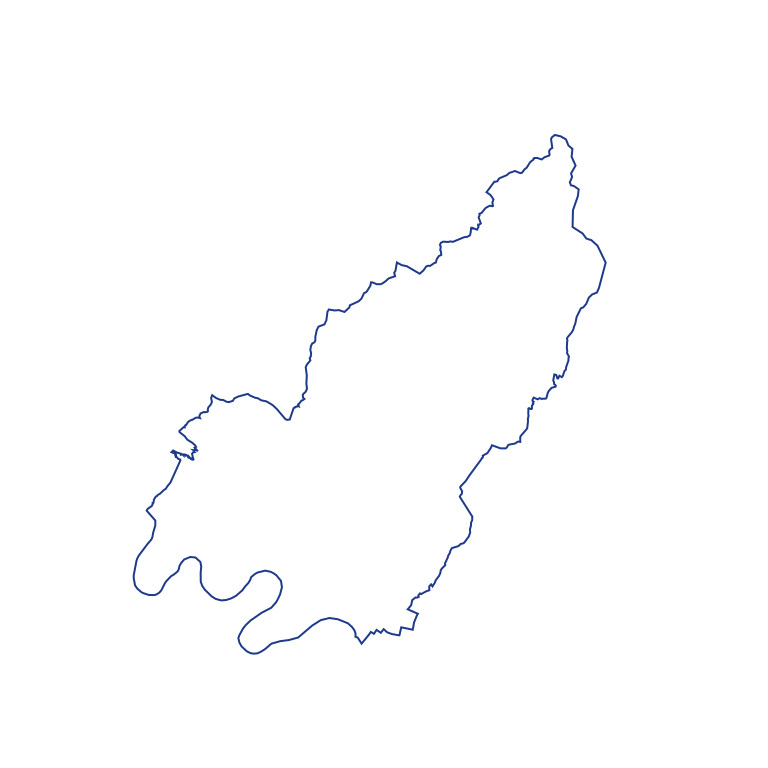 the district of Gurasada, Hunedoara, Romania, rotated 31°
{"feature_id": "2599482B26804986982160", "entity_name": "Gurasada", "entity_type": "district", "adm_level": 2, "iso_a3": "ROU", "parent_name": "Romania", "parent_adm1": "Hunedoara", "projection": "orthographic", "projection_center": [22.572, 45.999], "detail": "fine", "context": "isolated", "style": "outline", "palette": "blue", "viewbox_px": 768, "rotation_deg": 31, "n_neighbors": 0, "source": "geoboundaries", "source_scale": "gbopen_adm2", "svg_char_len": 6153}
<svg xmlns="http://www.w3.org/2000/svg" viewBox="0 0 768 768"><g transform="rotate(31 384 384)"><path d="M504.3,418.4L506.2,398.2L506.0,397.1L506.5,396.4L506.1,394.9L505.6,394.5L508.2,390.1L508.5,384.0L508.1,380.9L516.9,379.2L521.5,376.5L522.0,374.9L521.9,372.4L522.5,371.5L526.8,367.7L528.6,364.3L530.6,363.4L528.2,359.5L528.0,358.0L529.5,349.3L529.5,348.1L526.7,341.9L525.3,339.8L524.3,336.8L523.2,335.5L520.4,330.7L520.7,330.0L522.6,329.9L523.3,329.5L523.4,328.8L522.0,326.5L522.3,324.5L522.0,323.8L521.4,323.7L521.4,322.1L519.9,321.9L519.5,321.1L519.3,318.6L523.6,318.0L524.7,316.0L527.1,315.5L527.6,314.8L530.2,313.3L530.4,312.2L529.0,307.5L528.8,305.3L529.6,301.0L532.5,297.9L532.0,296.8L529.8,296.4L529.0,295.1L527.2,293.7L525.1,288.1L527.0,287.5L529.6,289.9L530.4,289.6L530.1,286.6L533.0,286.5L533.1,284.8L532.0,280.0L532.5,278.1L531.4,275.6L530.0,268.8L528.7,266.5L528.5,265.3L524.9,263.2L524.3,261.6L522.2,259.0L519.2,253.5L519.0,252.5L517.4,250.7L517.3,249.4L518.3,242.8L518.2,239.6L517.4,237.3L516.9,233.8L514.6,227.4L513.8,217.6L515.3,215.8L516.1,211.3L515.1,204.4L516.2,200.2L519.4,195.9L518.8,191.0L511.5,165.8L495.8,155.5L487.7,153.9L482.5,155.1L476.8,152.7L464.8,152.3L456.5,137.8L453.4,123.0L450.6,116.9L444.7,116.5L442.0,117.4L439.4,115.4L438.6,109.6L435.9,107.2L435.7,98.1L427.8,92.6L424.4,85.4L419.3,84.6L414.0,80.6L407.9,80.7L402.1,82.6L400.8,86.4L401.1,88.1L406.7,95.0L405.6,97.0L405.6,99.4L407.9,102.3L407.9,103.2L404.8,106.9L403.5,110.3L399.0,111.3L396.4,112.9L396.1,113.7L396.6,114.4L395.0,118.6L394.9,125.2L394.0,127.2L393.5,131.8L392.1,133.1L386.5,134.0L382.6,138.7L381.8,141.6L377.4,147.6L376.7,149.1L376.8,151.6L375.6,153.1L374.4,153.7L373.1,166.8L378.0,167.2L382.8,169.4L383.5,172.8L385.7,175.2L385.4,175.8L382.9,176.7L380.8,180.0L380.3,181.5L379.5,187.2L378.1,188.9L379.0,190.0L379.3,192.4L384.3,196.5L383.4,198.7L382.7,198.8L382.8,199.5L384.1,200.7L384.3,203.8L379.5,204.6L379.9,205.1L378.4,205.6L380.3,209.6L381.1,212.3L379.6,214.9L377.1,216.9L369.8,226.7L367.6,227.5L365.7,229.3L361.4,231.5L360.0,233.8L360.4,236.1L361.8,236.9L363.4,240.4L364.7,241.2L366.6,243.9L365.1,246.1L364.9,249.9L365.9,253.2L364.9,254.2L362.7,259.0L360.7,260.1L359.7,261.4L359.3,266.4L357.8,271.1L342.8,271.3L337.9,273.0L332.5,273.2L335.5,281.0L335.5,283.5L338.0,285.9L333.6,291.1L332.5,294.9L330.9,298.5L329.6,300.3L326.4,302.2L322.1,302.8L320.5,303.5L321.7,306.8L321.6,313.4L321.3,314.7L320.1,316.3L320.7,322.4L319.7,326.1L314.2,334.2L314.9,336.1L313.0,342.6L307.3,343.9L303.6,346.5L298.4,348.5L298.3,351.1L301.8,359.1L302.2,363.6L298.3,368.6L298.6,372.5L300.8,378.8L302.8,382.2L302.9,384.2L301.6,386.2L301.8,389.0L303.3,392.7L305.7,395.2L307.0,397.9L307.1,400.3L308.7,401.6L307.9,407.5L308.3,410.0L313.4,416.4L317.3,423.7L320.4,427.7L320.9,430.9L320.0,433.9L320.0,435.2L321.7,437.5L323.5,437.8L322.7,439.8L321.8,440.7L321.4,444.6L320.9,445.6L322.5,447.0L321.1,447.2L321.1,448.2L319.9,449.2L319.9,449.9L319.3,450.3L319.0,451.5L321.5,463.0L319.3,464.7L317.5,464.9L305.2,460.7L299.8,459.5L296.5,459.4L292.1,459.5L287.2,461.2L283.2,461.2L280.8,462.1L275.3,462.9L272.4,462.6L265.5,469.8L263.1,473.4L263.1,476.3L260.4,479.4L258.3,480.3L254.5,480.5L251.7,481.9L247.3,482.5L242.5,482.1L243.0,485.0L245.8,488.1L246.1,491.1L245.5,494.5L246.0,496.5L247.1,498.0L247.0,498.7L245.2,500.4L244.1,500.7L242.0,503.6L242.1,506.0L242.6,507.2L243.8,508.0L241.7,508.6L239.9,510.0L238.2,513.4L237.5,513.8L236.1,516.3L235.6,517.5L235.5,521.2L235.1,521.3L234.9,522.4L235.0,523.3L235.5,523.8L234.4,524.3L232.8,529.8L233.7,530.6L240.1,531.4L244.0,533.0L250.0,533.1L253.5,533.8L255.3,534.7L254.5,536.1L259.0,537.4L255.4,537.5L255.6,538.5L254.7,538.9L255.5,539.0L256.1,539.5L256.1,540.0L256.6,540.1L255.5,541.0L255.4,542.6L258.2,545.7L259.8,546.7L257.9,545.9L257.8,546.2L259.4,547.0L259.0,547.5L257.4,547.8L255.0,547.0L255.4,547.5L254.3,547.9L252.3,546.7L251.1,546.7L250.9,547.4L250.1,546.9L248.8,547.3L248.6,547.8L249.1,548.5L247.3,548.1L246.3,549.3L245.6,548.4L241.8,549.4L237.5,549.6L237.0,551.9L240.0,551.4L240.2,550.9L241.1,550.6L242.6,552.4L242.0,552.7L243.2,553.8L244.0,553.4L246.3,554.2L248.0,553.7L248.8,554.2L251.7,578.4L251.0,582.9L250.9,586.4L250.0,588.0L248.5,593.4L247.2,595.7L247.1,597.1L246.4,597.9L246.3,601.4L247.5,604.4L246.9,605.1L247.5,605.7L247.8,608.0L245.7,613.0L245.8,614.8L258.3,618.8L260.8,623.0L262.8,630.6L264.3,634.4L264.7,637.0L263.7,643.0L262.2,657.3L262.3,660.1L262.9,663.1L268.0,676.9L269.5,679.4L274.4,684.9L278.1,686.5L283.4,687.4L285.6,687.2L291.2,685.9L295.9,683.2L297.4,681.5L298.8,678.7L299.4,675.8L298.8,667.7L299.0,664.8L300.5,658.3L302.0,655.5L303.6,651.1L303.5,648.5L302.4,645.3L302.3,642.2L303.1,637.3L307.0,632.1L311.8,629.8L318.2,631.1L321.3,634.5L324.1,640.3L328.8,647.9L332.4,650.8L336.7,652.7L345.7,654.8L350.4,654.9L356.0,653.3L360.0,650.4L363.5,646.4L366.3,641.6L368.8,633.9L369.2,629.4L370.2,624.5L370.2,620.7L369.6,617.9L371.4,612.9L373.0,610.4L378.4,605.1L383.4,603.4L387.0,603.1L390.4,603.4L397.2,605.9L401.2,610.8L403.3,617.9L403.9,624.3L403.9,626.9L402.6,633.9L397.1,642.8L391.5,655.2L389.7,661.7L389.1,666.3L389.4,673.8L390.0,676.8L393.2,680.1L397.1,682.3L404.2,683.8L408.4,683.4L411.1,682.3L414.2,680.1L416.5,676.7L418.6,672.5L421.2,664.6L427.6,657.8L434.3,652.5L441.0,645.5L446.9,628.0L451.4,619.0L457.6,612.8L465.6,609.4L476.3,607.7L481.8,608.8L485.4,610.3L488.1,612.5L489.8,615.4L492.1,614.9L498.5,618.1L500.2,606.7L500.4,603.3L504.9,603.3L504.0,603.0L504.3,598.6L509.4,598.9L510.0,594.3L514.6,595.2L519.4,594.3L526.4,591.7L526.6,591.3L524.1,583.7L535.2,579.8L532.6,573.0L531.4,565.5L531.4,563.5L520.4,564.9L521.2,559.6L519.5,554.6L521.0,550.7L522.2,550.2L523.4,548.7L522.3,547.6L522.7,545.0L524.0,545.0L527.0,539.9L529.1,537.4L527.0,534.2L527.6,531.5L529.8,532.5L529.9,528.1L529.4,525.8L530.0,520.1L529.6,516.9L528.6,514.6L528.6,512.6L529.8,507.7L528.7,506.5L528.0,499.7L527.5,498.4L527.4,494.7L526.8,492.8L526.7,489.7L531.4,484.5L532.1,481.6L533.6,480.2L534.5,478.7L535.2,470.9L534.3,466.8L532.6,464.5L531.5,460.6L530.0,458.0L529.8,455.5L528.0,452.2L507.0,441.6L506.9,439.5L507.3,438.2L506.2,435.7L502.8,433.7L502.3,432.8L504.0,425.1L504.3,418.4Z" fill="none" stroke="#1e3a8a" stroke-width="2"/></g></svg>